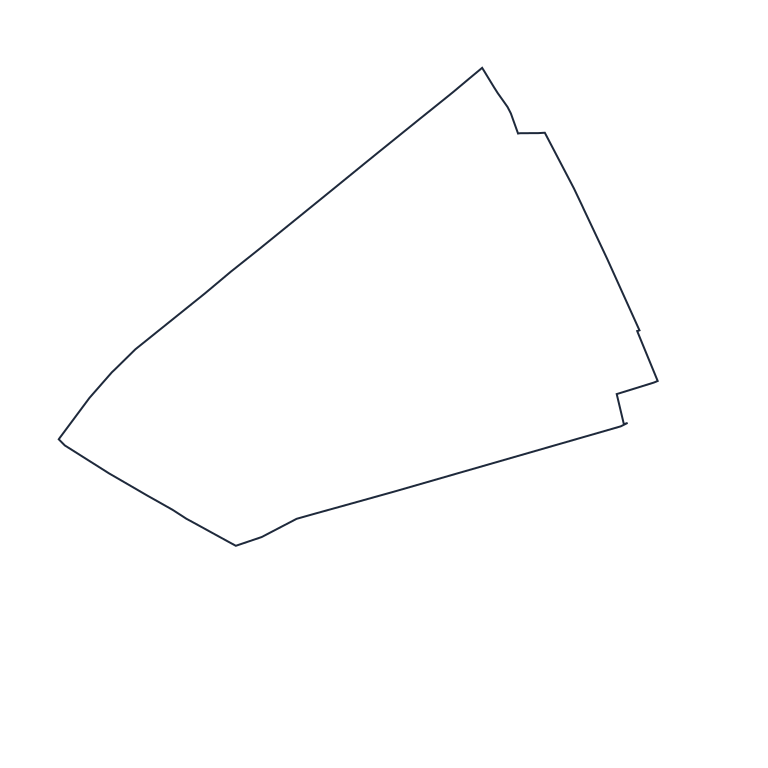 outline of Al Sahil, Al Qahirah, Egypt, rotated 230°
{"feature_id": "37247803B54164801772616", "entity_name": "Al Sahil", "entity_type": "district", "adm_level": 2, "iso_a3": "EGY", "parent_name": "Egypt", "parent_adm1": "Al Qahirah", "projection": "natural_earth1", "projection_center": [31.249, 30.094], "detail": "fine", "context": "isolated", "style": "outline", "palette": "slate", "viewbox_px": 768, "rotation_deg": 230, "n_neighbors": 0, "source": "geoboundaries", "source_scale": "gbopen_adm2", "svg_char_len": 981}
<svg xmlns="http://www.w3.org/2000/svg" viewBox="0 0 768 768"><g transform="rotate(230 384 384)"><path d="M568.5,309.4L568.5,307.9L568.5,305.6L570.4,215.9L568.1,186.8L568.0,185.0L567.9,183.1L562.7,149.5L551.1,100.7L550.7,99.3L542.1,100.0L492.3,115.9L450.3,131.1L423.4,141.2L412.1,144.7L408.1,145.9L407.8,146.0L393.3,151.7L384.0,155.3L380.4,156.7L363.2,163.4L355.3,166.5L345.4,191.9L336.9,230.4L329.0,247.9L295.9,320.7L199.4,538.1L197.6,545.6L199.0,541.9L226.7,555.8L211.7,591.5L211.0,593.6L210.4,595.6L245.9,606.9L259.7,611.3L261.8,612.0L261.4,612.8L260.9,614.2L336.4,635.4L389.6,649.4L391.4,649.9L393.2,650.4L411.7,655.2L473.1,668.7L476.9,663.6L483.7,655.4L488.9,649.1L489.3,648.4L489.7,647.7L503.0,652.6L509.7,655.1L516.8,656.7L522.6,657.2L533.7,658.1L540.5,659.0L554.4,661.1L558.2,661.7L563.1,662.4L563.2,645.3L563.2,624.6L563.6,604.6L564.1,582.1L565.1,528.6L565.4,511.0L566.1,463.6L567.6,373.4L568.5,338.8L568.5,309.4Z" fill="none" stroke="#1e293b" stroke-width="2"/></g></svg>